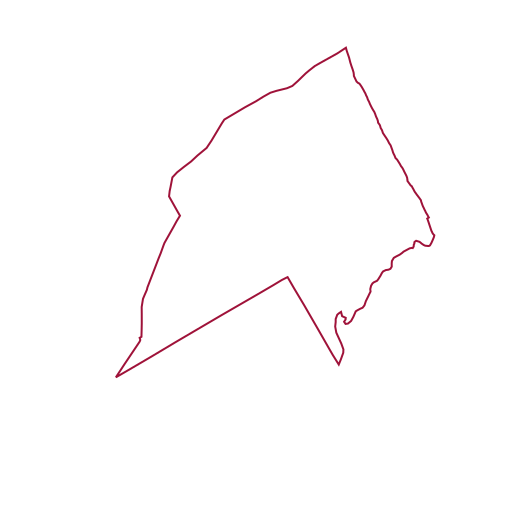 the district of Saint Louis, Saint-Louis, Senegal, rotated 150°
{"feature_id": "50182788B94115130730188", "entity_name": "Saint Louis", "entity_type": "district", "adm_level": 2, "iso_a3": "SEN", "parent_name": "Senegal", "parent_adm1": "Saint-Louis", "projection": "mercator", "projection_center": [-16.417, 15.987], "detail": "fine", "context": "isolated", "style": "outline", "palette": "rose", "viewbox_px": 512, "rotation_deg": 150, "n_neighbors": 0, "source": "geoboundaries", "source_scale": "gbopen_adm2", "svg_char_len": 3186}
<svg xmlns="http://www.w3.org/2000/svg" viewBox="0 0 512 512"><g transform="rotate(150 256 256)"><path d="M116.3,184.5L114.8,185.3L113.6,187.0L112.7,187.5L111.9,188.8L111.1,189.0L109.7,189.1L107.3,186.5L106.9,185.5L106.7,185.0L106.4,184.0L105.9,183.0L105.3,181.7L104.8,181.0L104.3,180.3L102.6,179.1L102.0,178.6L101.1,178.2L100.0,178.2L97.6,179.6L95.5,181.1L93.9,182.3L92.4,183.5L91.2,184.8L91.5,185.9L91.6,186.4L91.7,187.7L91.5,189.2L91.5,190.1L90.2,196.4L89.6,199.3L89.1,201.9L89.0,202.8L87.1,202.9L87.1,204.4L87.0,206.0L87.1,207.7L87.1,208.9L86.9,210.6L86.9,211.7L86.7,213.7L86.6,215.5L86.4,216.9L86.0,219.0L85.8,220.3L85.3,221.9L85.4,223.0L85.6,225.1L85.8,226.5L85.9,227.6L86.1,228.8L86.2,230.3L86.4,231.9L86.4,233.5L86.3,235.0L86.3,236.0L86.3,237.3L86.2,238.5L86.6,239.3L86.9,240.7L86.9,241.6L87.0,242.1L87.1,243.2L87.1,243.5L87.2,244.0L87.3,245.4L86.8,246.0L86.6,246.9L86.1,247.8L85.7,249.9L85.6,251.2L85.5,253.3L85.4,255.2L85.2,257.5L85.2,259.4L85.5,261.4L85.4,263.5L85.5,266.4L85.6,268.9L86.2,271.1L85.8,273.7L85.7,275.9L85.5,277.4L85.0,279.4L84.5,282.2L84.1,284.5L84.3,287.3L84.1,290.2L84.2,293.1L84.4,295.7L84.6,299.1L84.0,301.8L84.0,304.7L83.5,306.4L83.3,307.9L83.6,310.4L82.9,312.1L82.5,314.2L82.4,315.8L82.2,317.4L81.8,319.3L81.5,321.7L81.6,323.8L81.6,326.2L81.5,328.1L81.3,330.9L81.0,332.8L80.9,335.6L80.4,337.9L80.3,340.2L80.0,342.1L80.0,343.9L79.9,346.2L79.9,347.7L79.9,349.6L80.1,352.5L80.3,353.7L81.2,355.1L81.5,356.3L81.7,356.8L81.2,363.0L80.5,364.3L79.7,366.3L79.0,369.3L78.4,372.6L77.6,376.3L76.2,381.3L74.8,388.5L74.0,391.4L84.3,390.8L97.6,391.0L104.3,391.1L110.2,391.1L117.1,390.1L121.6,389.3L127.2,387.9L132.3,386.6L139.5,385.1L145.3,385.8L155.7,388.8L161.9,390.2L170.0,390.3L178.6,390.0L191.1,390.3L215.2,390.0L216.0,389.6L219.2,388.0L237.0,378.1L244.1,374.6L244.6,374.3L249.3,373.5L256.4,372.3L265.0,370.3L273.9,369.2L282.5,367.9L289.1,365.9L295.5,358.5L298.3,355.4L301.5,351.1L301.7,333.9L301.7,328.9L307.4,325.8L312.8,322.5L328.7,313.1L330.6,311.6L337.1,306.1L341.6,302.6L346.9,298.3L365.7,283.1L367.4,281.3L372.0,277.9L375.3,275.4L380.5,269.0L384.0,262.8L388.6,254.8L391.8,249.5L395.6,243.3L395.8,243.3L397.0,243.3L397.7,243.3L398.0,241.7L398.5,240.8L399.8,239.9L423.7,228.2L438.0,221.0L428.9,221.0L409.1,221.1L396.0,221.2L382.9,221.4L369.8,221.6L356.7,221.7L343.0,221.8L329.2,221.9L315.4,222.0L301.7,222.0L291.2,222.0L274.8,222.0L255.6,222.1L245.6,222.3L240.3,222.0L239.2,221.9L239.2,209.1L238.9,189.2L238.9,179.5L238.9,169.8L238.9,160.0L239.0,137.9L239.0,132.0L238.6,120.6L234.1,124.1L228.8,128.6L227.0,131.4L225.9,137.6L224.8,149.4L222.7,155.3L220.0,159.0L218.5,161.6L215.0,164.5L213.0,164.9L210.3,165.1L211.5,160.8L209.2,157.6L210.2,156.2L212.6,155.0L212.4,152.4L210.1,151.5L206.1,152.2L202.0,154.7L198.5,157.3L197.3,158.2L195.4,158.3L192.1,158.2L189.6,157.9L186.8,159.0L183.4,162.0L178.9,165.0L176.9,166.4L174.6,167.9L173.6,170.2L171.2,172.7L168.9,174.0L167.2,174.3L163.6,174.0L161.8,174.7L158.0,176.7L155.7,178.2L153.7,179.1L150.6,178.9L148.1,177.9L146.0,177.7L143.8,178.9L142.2,181.7L140.8,183.7L137.6,185.5L134.6,185.5L130.9,185.3L127.9,185.6L126.0,186.0L119.1,185.8L116.7,185.0L116.3,184.5Z" fill="none" stroke="#9f1239" stroke-width="2"/></g></svg>